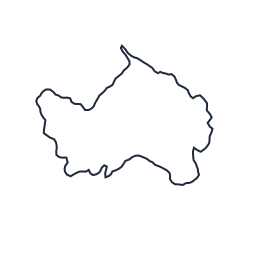 the district of Funilândia, Minas Gerais, Brazil, rotated 140°
{"feature_id": "56859067B22381127765389", "entity_name": "Funilândia", "entity_type": "district", "adm_level": 2, "iso_a3": "BRA", "parent_name": "Brazil", "parent_adm1": "Minas Gerais", "projection": "robinson", "projection_center": [-44.069, -19.36], "detail": "fine", "context": "isolated", "style": "outline", "palette": "slate", "viewbox_px": 256, "rotation_deg": 140, "n_neighbors": 0, "source": "geoboundaries", "source_scale": "gbopen_adm2", "svg_char_len": 2236}
<svg xmlns="http://www.w3.org/2000/svg" viewBox="0 0 256 256"><g transform="rotate(140 128 128)"><path d="M176.9,104.7L173.6,103.6L170.9,103.5L167.8,104.7L164.8,103.5L161.5,102.7L157.9,102.4L154.4,103.4L151.1,104.5L147.5,103.1L143.6,103.0L139.8,101.9L137.0,99.4L135.8,97.0L134.3,94.3L133.1,91.5L132.7,88.8L131.3,86.1L130.9,82.2L128.9,78.8L127.5,75.9L126.5,73.3L125.4,70.5L125.1,66.8L126.4,64.4L128.6,62.0L129.2,58.3L128.1,54.7L125.5,52.3L122.7,49.2L119.0,48.5L116.8,46.8L114.2,45.7L111.5,45.5L107.1,45.4L103.6,46.5L102.6,49.2L101.1,51.3L99.8,54.8L98.8,57.8L98.4,61.2L96.2,64.5L93.7,67.9L90.2,70.5L89.0,66.2L87.6,63.1L84.7,62.8L81.7,62.7L78.9,63.2L75.8,64.1L73.7,65.9L70.7,69.2L66.6,71.1L63.7,73.2L64.5,76.3L63.7,80.8L60.1,81.5L57.1,82.3L56.3,85.9L56.3,90.9L53.6,93.7L51.5,96.3L51.2,101.9L51.8,106.7L55.5,108.7L59.0,109.0L59.7,111.9L59.0,115.5L57.9,118.5L58.6,122.0L60.1,125.4L61.4,128.4L61.4,131.1L60.4,133.8L59.3,137.7L60.1,141.3L62.5,142.8L64.0,145.4L65.9,147.7L67.2,150.2L69.8,150.8L71.1,154.1L70.8,158.6L71.7,161.8L72.5,164.6L73.9,168.6L75.0,172.4L76.2,175.7L77.9,178.2L79.3,181.9L79.9,186.0L79.4,190.0L79.8,194.9L82.1,193.9L82.9,190.0L82.9,185.1L83.5,181.3L84.0,178.2L85.9,175.7L89.5,174.8L94.2,174.8L97.6,173.7L101.6,173.8L105.6,173.9L108.6,172.6L112.2,171.0L115.6,171.4L118.2,172.3L121.8,171.5L125.8,171.2L129.0,171.3L131.4,170.3L134.0,169.4L137.1,168.3L140.4,166.6L143.7,166.4L146.6,167.1L149.3,169.4L149.0,173.3L149.0,176.8L151.4,179.0L153.5,181.0L154.5,184.3L153.2,187.9L155.2,190.5L157.9,192.5L159.6,194.6L160.3,197.5L162.0,200.1L162.0,203.5L163.0,207.6L166.0,210.2L169.0,210.6L171.5,210.3L174.5,209.2L178.0,209.2L180.8,207.8L182.2,204.8L182.3,201.9L182.9,199.2L184.6,196.8L185.8,193.4L186.2,190.2L186.2,187.1L188.3,185.3L190.5,183.2L193.1,181.0L195.8,178.2L194.9,174.6L193.9,170.8L191.9,167.1L192.2,163.9L193.7,160.8L195.3,158.7L197.9,156.3L200.1,153.5L199.4,150.1L197.6,147.7L194.2,144.9L196.5,140.3L200.1,139.4L202.5,137.8L204.3,135.3L204.8,131.7L203.0,127.9L199.0,127.3L195.8,126.6L193.2,125.8L191.1,124.2L188.2,121.6L185.0,121.1L186.0,117.5L185.1,114.4L182.0,112.9L178.9,112.4L176.4,113.0L173.8,114.4L170.2,114.7L169.0,112.1L171.9,109.9L174.5,108.1L176.9,104.7Z" fill="none" stroke="#1e293b" stroke-width="2"/></g></svg>